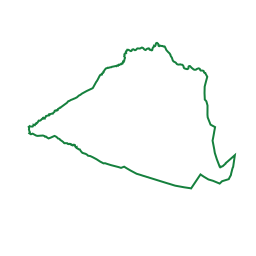 outline of Santa Cruz Itundujia, Oaxaca, Mexico, rotated 256°
{"feature_id": "50627088B33847319149889", "entity_name": "Santa Cruz Itundujia", "entity_type": "district", "adm_level": 2, "iso_a3": "MEX", "parent_name": "Mexico", "parent_adm1": "Oaxaca", "projection": "albers", "projection_center": [-97.652, 16.757], "detail": "fine", "context": "isolated", "style": "outline", "palette": "green", "viewbox_px": 256, "rotation_deg": 256, "n_neighbors": 0, "source": "geoboundaries", "source_scale": "gbopen_adm2", "svg_char_len": 5661}
<svg xmlns="http://www.w3.org/2000/svg" viewBox="0 0 256 256"><g transform="rotate(256 128 128)"><path d="M163.0,215.6L163.5,215.3L164.9,215.2L165.2,215.0L165.8,213.9L166.2,212.4L166.5,212.2L168.1,211.9L168.5,211.4L168.8,210.9L168.7,209.6L168.6,209.0L168.2,208.2L168.2,207.6L168.5,206.5L168.9,205.9L169.3,205.6L169.7,205.3L170.0,205.1L171.0,204.3L173.0,203.2L173.2,202.9L173.2,202.0L173.0,201.7L172.5,201.4L171.6,201.2L171.1,200.9L170.8,200.1L170.8,199.6L170.9,199.4L171.3,198.8L171.6,198.0L172.4,197.0L173.3,196.7L174.4,196.8L175.4,196.5L176.2,196.0L176.7,194.7L177.1,194.2L177.2,192.9L177.2,192.7L177.4,192.1L177.9,191.2L178.4,190.8L179.8,190.2L181.0,189.0L181.4,188.4L182.6,187.8L185.5,187.6L187.5,186.9L188.1,186.8L188.7,186.9L190.3,186.4L192.2,185.2L194.3,184.1L197.6,183.5L198.3,183.2L198.4,182.2L198.5,182.0L199.2,181.5L199.4,180.5L200.2,179.0L200.1,178.8L199.8,178.4L200.0,177.8L200.5,177.5L201.2,177.6L201.6,177.8L202.4,177.6L203.0,177.0L203.3,177.0L203.6,176.7L203.5,175.9L203.0,175.4L201.7,174.8L200.9,174.1L201.0,173.4L201.5,173.1L200.9,172.6L200.4,172.5L200.1,171.9L199.6,171.3L198.6,170.7L198.1,170.6L197.7,170.3L197.6,169.9L197.7,169.5L198.4,168.7L198.7,168.0L199.3,167.7L199.7,167.7L199.9,167.8L200.3,167.3L200.3,165.9L200.1,165.4L200.1,165.1L199.4,164.0L199.5,163.8L200.0,163.1L200.8,162.5L201.7,162.2L202.5,161.3L202.7,160.9L202.2,158.8L202.4,158.1L202.9,156.6L202.9,156.2L201.9,154.6L201.8,153.6L203.1,152.2L203.1,151.2L202.0,150.0L201.9,149.4L202.5,148.7L203.8,147.3L204.1,146.2L203.3,145.7L203.3,145.2L202.2,144.2L201.2,144.4L201.1,144.2L201.5,143.8L200.9,143.3L200.4,142.3L199.1,142.2L198.7,141.7L198.4,141.6L197.7,141.9L197.0,142.1L196.5,141.9L195.7,141.3L194.0,140.5L194.0,139.5L193.8,139.3L193.0,139.4L193.0,139.0L192.5,138.6L191.9,138.4L191.8,138.0L191.9,137.3L192.1,137.1L192.0,136.9L191.5,136.8L191.5,136.3L191.6,136.0L191.5,135.6L191.6,134.9L191.3,134.7L191.4,134.4L191.6,134.5L191.7,134.3L191.5,133.7L190.8,133.3L191.2,132.2L190.8,131.6L191.1,131.2L191.2,128.3L191.3,127.3L191.0,126.6L191.2,125.6L191.1,123.5L191.4,123.1L191.2,122.6L191.2,121.2L190.6,120.2L190.3,119.8L189.6,119.0L189.5,118.9L189.1,118.6L188.8,118.1L188.7,117.8L188.0,117.8L187.5,117.1L187.3,116.7L187.2,116.3L187.1,115.8L186.8,115.7L186.5,115.7L186.4,115.6L186.2,115.6L186.2,115.3L186.1,115.0L186.2,114.7L186.3,114.2L186.2,114.0L186.0,113.7L185.7,113.3L185.2,112.9L184.7,112.5L184.4,112.1L184.1,111.9L183.7,111.6L183.1,111.0L182.8,110.8L181.2,109.3L180.4,108.3L176.2,104.4L175.2,103.4L174.9,102.0L173.9,96.9L172.5,91.6L171.7,89.8L171.4,88.3L170.1,85.8L169.5,83.1L169.5,82.8L169.5,82.4L169.3,81.6L169.2,80.9L169.1,80.1L169.0,79.3L168.6,78.0L168.4,77.2L168.5,76.7L168.3,76.3L168.1,76.0L167.9,75.8L167.8,75.7L167.0,74.4L166.8,73.8L164.3,67.7L164.3,67.3L164.0,67.2L163.8,66.0L163.6,65.4L163.4,64.7L163.2,64.5L162.6,64.3L162.3,64.1L162.2,63.7L162.6,62.9L162.2,62.6L162.5,61.8L162.5,61.1L161.9,60.8L161.3,60.4L160.9,59.3L160.1,58.5L160.4,57.4L160.2,55.5L160.5,54.9L159.9,54.3L159.4,54.6L159.3,54.4L159.5,53.6L159.4,51.3L158.6,50.8L158.2,50.0L157.3,49.5L157.6,49.0L158.5,48.3L158.4,48.0L157.7,47.9L157.5,47.7L157.7,47.1L157.6,46.7L156.9,45.6L156.6,45.1L156.4,44.1L156.8,43.2L156.6,42.9L156.0,42.4L155.5,41.9L155.3,41.5L155.1,41.4L154.9,41.1L155.0,40.4L154.4,40.2L154.2,40.0L154.3,39.4L154.0,38.7L153.5,38.5L153.3,38.3L153.6,37.9L153.9,37.3L153.5,37.3L153.5,37.1L153.5,36.8L152.5,35.8L152.8,34.7L152.9,34.3L153.0,34.0L153.2,33.6L153.3,33.4L153.3,33.2L153.2,32.6L153.4,32.6L153.1,31.9L152.2,32.1L151.4,31.9L150.5,31.5L150.1,31.6L149.1,31.5L147.6,31.8L146.8,30.9L145.4,32.3L145.6,34.1L142.9,37.0L142.4,37.9L142.2,38.4L141.7,41.4L141.6,41.7L141.3,43.6L140.2,45.3L139.7,45.3L139.2,46.4L139.2,46.7L138.8,46.8L138.4,47.1L138.1,47.4L137.1,48.4L137.3,50.4L137.9,53.6L138.1,54.7L138.1,54.8L137.1,56.0L136.0,56.9L135.2,57.3L134.8,57.5L134.5,58.1L133.9,58.9L132.8,59.4L132.5,59.6L132.0,60.2L130.0,61.8L128.8,62.4L128.7,62.7L128.5,62.9L128.4,63.9L128.1,64.6L128.1,64.9L128.0,65.2L127.8,65.3L127.7,65.5L127.4,65.6L127.2,65.7L127.1,66.1L126.8,66.3L126.8,66.5L126.8,66.8L126.8,67.2L126.6,67.3L126.6,67.5L126.6,67.8L126.5,68.2L126.4,68.5L126.0,68.5L125.6,68.7L125.3,68.9L125.3,69.1L125.4,69.3L125.3,69.5L125.0,69.7L124.6,69.9L124.5,70.1L124.7,70.3L124.8,70.5L124.6,70.7L124.6,70.8L124.7,71.0L124.9,71.5L124.4,72.1L124.2,72.4L123.8,72.4L123.5,72.2L123.3,72.3L123.1,72.3L122.7,72.4L122.4,72.5L122.2,72.6L122.2,72.9L122.0,73.1L122.0,73.3L121.7,73.1L121.4,73.3L121.1,73.6L120.8,73.7L120.7,73.6L120.2,74.2L119.9,74.6L119.6,74.7L119.1,75.2L118.9,76.0L116.8,76.7L114.8,77.8L114.7,78.2L114.2,78.8L113.9,79.5L113.6,79.8L113.3,80.5L112.8,81.0L111.9,81.9L110.8,82.5L109.9,84.6L108.1,86.8L105.2,90.0L102.2,92.8L99.6,95.7L99.4,97.2L98.3,98.9L96.1,102.5L92.4,109.3L91.0,111.6L91.4,114.9L89.3,116.9L86.1,120.2L81.5,125.3L79.5,128.7L78.1,130.9L77.4,132.1L77.1,132.6L76.8,133.1L75.8,134.7L75.1,136.0L74.9,136.2L73.4,138.7L72.3,140.5L64.9,152.7L63.8,154.6L61.3,158.7L60.6,159.9L56.9,168.1L55.2,172.2L54.6,173.7L54.1,174.6L65.4,187.1L62.5,189.7L58.6,193.6L56.2,197.7L51.9,203.5L53.6,206.4L54.0,213.4L55.1,214.3L56.5,215.6L57.5,216.5L58.9,217.1L61.3,218.4L62.1,218.8L64.0,219.9L64.8,220.6L75.8,225.1L71.1,216.0L70.3,214.3L69.9,214.2L68.0,210.6L67.9,209.2L67.5,208.4L67.5,208.2L67.8,208.2L68.1,208.1L68.3,208.1L68.3,207.6L76.5,206.6L76.8,206.6L83.0,206.2L83.6,206.3L84.2,206.3L86.1,206.5L95.3,207.0L95.7,207.2L97.6,208.1L102.9,210.5L103.0,210.5L107.8,212.7L111.3,208.9L119.0,207.9L121.6,208.3L130.6,210.6L134.9,210.5L135.4,210.3L137.0,209.4L143.4,210.7L149.6,212.4L154.4,215.0L158.5,217.3L162.3,216.3L162.7,216.3L162.9,215.9L163.0,215.8L163.0,215.6Z" fill="none" stroke="#15803d" stroke-width="2"/></g></svg>